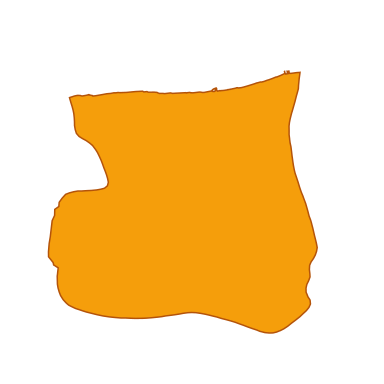 Ash Shihr, Hadramawt, Yemen (Albers equal-area conic projection), rotated 193°
{"feature_id": "15242507B43236633783940", "entity_name": "Ash Shihr", "entity_type": "district", "adm_level": 2, "iso_a3": "YEM", "parent_name": "Yemen", "parent_adm1": "Hadramawt", "projection": "albers", "projection_center": [49.612, 14.934], "detail": "fine", "context": "isolated", "style": "filled", "palette": "amber", "viewbox_px": 384, "rotation_deg": 193, "n_neighbors": 0, "source": "geoboundaries", "source_scale": "gbopen_adm2", "svg_char_len": 5349}
<svg xmlns="http://www.w3.org/2000/svg" viewBox="0 0 384 384"><g transform="rotate(193 192 192)"><path d="M284.2,53.4L282.9,53.1L279.2,52.3L275.6,52.0L273.6,51.8L271.7,51.6L267.9,51.3L257.5,51.1L256.8,51.1L250.9,51.2L244.5,51.7L238.9,52.4L233.4,53.2L232.6,53.3L228.4,54.3L223.9,55.1L218.7,56.1L215.1,57.0L211.4,57.9L207.9,58.9L202.8,60.5L198.4,62.0L196.9,62.5L193.3,63.8L189.9,65.3L185.5,66.9L181.2,68.5L176.5,70.4L174.7,71.2L173.1,71.9L169.1,73.4L165.3,74.5L161.0,75.3L156.4,75.7L151.7,75.9L148.1,75.9L143.1,75.8L139.7,75.8L138.6,75.7L134.6,75.4L129.7,75.3L125.0,75.1L120.8,74.8L116.2,74.2L111.8,73.7L107.6,73.1L102.5,72.5L98.0,72.1L94.4,71.5L92.4,71.5L89.4,71.4L84.9,72.0L83.7,72.3L81.2,73.0L78.0,74.6L75.6,76.3L74.9,76.7L71.7,79.4L68.4,82.9L65.6,86.5L62.4,90.3L58.8,94.8L56.3,98.6L54.1,101.8L53.4,103.1L52.1,105.8L51.5,108.9L51.4,109.6L52.6,113.1L52.8,113.4L55.5,116.0L56.9,118.1L58.3,120.0L59.3,124.1L59.3,127.9L58.4,131.8L58.1,134.2L57.9,135.8L58.7,138.6L59.0,139.5L60.2,142.9L60.3,143.5L60.9,147.1L60.2,150.8L59.3,153.0L58.7,154.5L57.7,158.3L57.3,162.2L57.5,166.0L58.8,169.0L59.0,169.3L59.1,169.7L61.0,173.5L62.9,177.2L64.5,180.5L66.2,184.0L68.1,187.6L68.7,188.8L70.1,191.3L72.5,194.9L74.1,198.0L74.4,198.6L76.2,201.9L78.7,206.4L81.1,210.0L83.3,213.4L84.4,214.9L85.6,216.6L88.2,220.8L91.0,225.7L92.0,227.3L93.2,229.3L95.6,233.2L96.0,233.9L97.4,236.7L99.2,240.8L100.6,244.3L102.2,248.6L102.4,249.0L104.1,253.8L105.8,258.4L107.6,262.2L108.8,265.5L108.9,265.9L110.3,269.7L111.1,273.3L112.3,278.1L112.7,281.8L112.8,285.4L112.7,291.1L112.5,293.9L112.2,299.8L112.0,303.6L112.0,304.2L111.9,309.2L111.8,310.8L111.7,313.0L111.6,316.6L112.2,319.9L112.3,320.7L113.0,326.0L113.6,332.3L113.6,332.5L113.7,332.9L114.1,332.7L114.5,332.5L115.2,332.4L115.8,332.2L116.8,331.9L120.5,330.5L122.4,329.8L122.8,329.7L123.3,329.7L123.9,329.6L124.1,329.6L124.4,330.7L124.7,331.2L124.7,331.4L124.8,331.5L125.0,331.5L125.1,331.4L126.4,331.0L126.3,330.9L125.0,331.3L124.9,331.4L124.8,331.1L124.5,330.6L124.3,329.9L124.1,329.4L124.4,329.2L124.5,329.2L124.8,329.1L125.5,328.9L125.9,329.6L126.0,330.0L125.9,330.2L126.0,330.4L126.0,329.9L126.0,329.7L125.7,328.9L125.7,328.7L125.8,328.6L127.3,328.0L127.8,328.5L128.0,328.5L128.9,330.3L129.0,330.2L128.1,328.4L128.3,328.3L131.6,325.7L135.3,323.1L135.6,323.2L135.9,323.3L135.8,323.2L135.7,323.2L135.8,323.1L137.5,321.9L139.5,320.5L140.6,319.8L142.4,318.6L143.9,317.8L146.6,316.0L149.1,314.7L149.5,314.7L150.0,314.6L153.5,312.7L153.8,312.7L154.5,312.1L157.0,310.6L161.8,307.8L165.6,305.7L167.4,304.8L170.2,303.8L170.6,303.8L170.9,303.9L172.2,303.5L172.5,303.2L174.3,302.3L174.6,302.2L177.1,301.0L177.3,300.8L177.5,300.9L179.8,299.8L180.0,299.9L180.3,299.7L180.7,299.4L183.4,298.3L185.5,297.6L186.0,297.5L187.2,297.0L187.4,297.0L187.6,297.1L188.6,296.6L189.0,296.4L189.3,296.3L189.5,296.2L189.8,296.0L190.1,296.1L191.6,298.0L191.8,298.1L191.9,297.9L191.6,297.7L191.8,297.2L192.2,296.9L192.0,296.7L191.9,296.6L191.7,296.4L191.9,296.1L192.0,296.1L192.2,295.9L192.2,295.7L192.3,295.6L192.5,295.3L192.6,295.1L192.8,295.1L193.2,294.9L193.3,294.9L193.5,294.8L194.1,294.7L194.6,294.7L194.9,294.6L195.0,294.6L195.2,295.0L195.3,295.2L195.2,295.4L195.2,295.5L195.1,295.8L194.9,296.1L194.7,296.5L194.4,296.8L194.1,297.1L193.5,297.6L192.9,298.0L192.5,298.2L192.4,298.3L192.1,298.4L192.0,298.5L191.8,298.6L191.4,298.7L191.3,298.8L191.2,298.8L191.1,299.0L191.2,298.9L191.6,298.8L192.2,298.6L193.2,297.9L194.2,297.2L194.8,296.5L195.1,296.1L195.4,295.4L195.4,295.1L195.5,295.0L195.8,294.8L202.7,291.7L202.9,291.7L203.8,291.4L206.4,291.2L207.4,291.0L210.4,289.9L213.5,288.8L214.7,288.6L215.6,288.4L215.9,288.5L216.1,288.5L216.7,288.5L219.2,287.6L219.3,287.4L219.9,287.2L220.1,287.3L220.3,287.4L233.2,283.7L235.2,283.7L240.8,281.7L242.7,281.5L246.0,280.7L247.6,280.9L248.6,281.2L249.6,281.0L251.2,280.8L257.0,279.4L258.5,279.7L261.4,278.7L262.8,279.1L269.5,277.2L278.2,274.3L284.5,272.6L286.5,272.3L288.5,271.5L290.6,271.0L293.3,269.8L297.0,268.6L303.3,265.9L307.6,264.1L309.5,263.4L310.2,263.2L310.4,263.2L310.5,263.3L310.5,263.5L311.0,263.6L311.5,263.5L312.1,263.5L312.4,263.5L312.7,263.5L313.0,263.5L313.3,263.5L313.4,263.4L313.6,263.4L313.8,263.5L314.2,263.7L314.3,263.7L314.5,263.4L314.8,263.3L315.0,263.4L315.4,263.1L317.5,262.1L318.5,261.7L319.4,261.3L319.7,261.2L320.4,260.9L321.0,260.8L321.3,260.8L321.8,260.8L322.8,260.9L323.1,260.8L324.7,260.5L325.0,260.5L325.3,260.3L325.6,260.2L325.8,260.1L326.0,260.1L328.3,259.0L329.6,258.2L330.1,257.9L331.3,257.2L331.7,257.0L332.6,256.4L331.9,255.1L330.0,251.7L328.1,248.5L327.2,246.8L326.4,245.3L324.8,241.8L323.4,237.8L322.3,234.0L321.4,230.3L319.8,226.5L317.8,223.1L314.5,220.7L310.7,219.4L306.7,218.3L303.0,216.8L302.6,216.6L299.3,214.9L296.0,212.1L295.6,211.8L294.3,210.5L292.9,209.1L290.0,205.5L287.5,202.2L285.5,199.2L283.4,195.9L281.2,192.7L279.2,189.6L277.3,186.2L275.7,182.7L275.8,179.0L278.1,176.0L281.5,174.2L285.5,172.5L290.6,170.8L292.8,170.2L295.6,169.4L299.9,168.1L303.4,167.3L307.2,165.7L311.2,163.6L314.6,161.3L317.1,156.8L319.1,152.1L318.5,147.9L321.8,144.2L320.6,138.2L321.8,132.6L320.0,116.4L319.6,109.8L318.4,101.5L317.2,96.6L311.4,92.0L310.4,89.8L305.3,88.0L304.8,83.4L304.6,81.9L304.4,79.7L303.4,75.8L302.4,71.9L300.9,68.3L298.9,64.7L296.8,61.6L293.6,58.4L293.0,57.9L289.8,55.7L288.2,54.8L286.6,54.0L284.2,53.4Z" fill="#f59e0b" stroke="#b45309" stroke-width="1.5"/></g></svg>